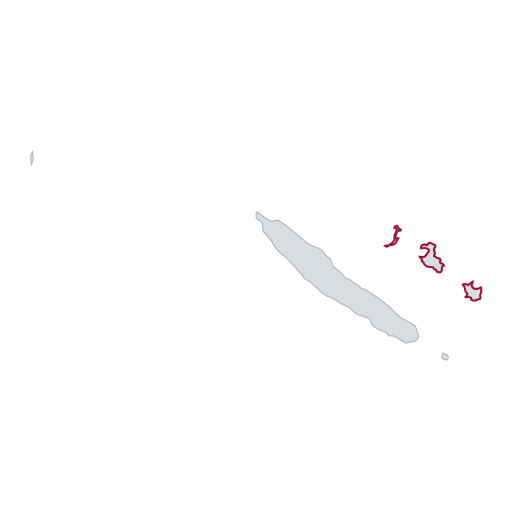 location of Îles Loyauté within New Caledonia
{"feature_id": "NCL-1258", "entity_name": "Îles Loyauté", "entity_type": "Province", "adm_level": 1, "iso_a3": "NCL", "parent_name": "New Caledonia", "parent_adm1": "", "projection": "mercator", "projection_center": [167.211, -21.021], "detail": "fine", "context": "in_parent", "style": "outline", "palette": "rose", "viewbox_px": 512, "rotation_deg": 0, "n_neighbors": 0, "source": "natural_earth", "source_scale": "10m", "svg_char_len": 4259}
<svg xmlns="http://www.w3.org/2000/svg" viewBox="0 0 512 512"><path d="M265.1,217.8L271.3,221.5L277.9,219.9L286.3,225.7L307.5,243.3L315.0,247.0L319.4,248.4L322.7,251.3L325.7,255.3L329.7,258.2L331.5,260.9L331.9,264.5L333.4,266.7L340.8,272.5L345.2,277.7L351.3,280.3L354.0,283.4L357.4,284.9L360.9,288.0L366.9,290.4L380.3,299.5L390.7,308.1L395.9,313.4L401.5,318.1L408.7,321.9L415.4,326.2L418.8,336.4L416.9,340.0L413.0,341.8L409.5,342.0L406.1,343.2L395.0,336.6L392.3,335.7L389.4,336.1L387.7,334.6L386.5,332.5L379.7,330.1L373.4,326.2L371.5,323.5L370.5,320.2L369.0,318.3L360.0,315.5L354.0,312.3L349.6,307.8L342.9,304.6L332.3,298.2L326.9,296.1L322.1,292.9L309.4,281.2L304.9,279.0L300.9,273.8L290.0,261.5L284.7,256.4L278.9,251.9L274.6,246.7L271.2,240.4L263.3,231.5L262.4,227.7L262.7,223.7L260.8,221.2L257.6,219.7L256.1,217.1L256.2,213.5L257.3,211.7L265.1,217.8ZM440.5,271.4L437.5,271.9L433.5,267.7L425.9,265.5L422.5,261.8L420.3,257.4L424.7,256.3L428.9,250.4L426.0,248.2L421.0,247.9L421.6,245.5L429.7,242.8L433.3,244.4L434.9,246.3L434.6,255.6L438.3,258.6L442.1,265.2L442.1,267.1L440.5,271.4ZM474.0,287.3L476.5,288.3L481.0,288.2L480.0,298.2L473.7,299.8L471.6,299.7L470.2,297.6L466.6,296.2L466.7,292.8L463.2,285.1L469.3,283.9L472.7,281.8L472.5,283.7L473.1,285.9L474.0,287.3ZM393.7,244.3L390.8,244.9L394.3,239.5L394.4,236.2L395.8,229.7L395.6,227.6L398.0,227.9L400.5,229.7L397.6,231.3L396.6,234.1L396.7,237.6L397.8,238.3L396.0,242.1L393.7,244.3ZM448.4,357.9L446.6,360.1L444.5,359.6L442.9,358.8L441.7,357.6L442.9,353.0L447.6,355.2L448.4,357.9ZM32.0,163.3L31.2,164.6L30.7,155.4L32.5,151.9L33.3,159.1L32.0,163.3Z" fill="#d9dde1" stroke="#a8b0b8" stroke-width="1"/><path d="M442.2,263.6L442.9,264.1L443.7,265.0L444.0,265.7L442.2,266.4L441.9,267.2L441.9,269.5L441.7,270.6L441.4,271.4L440.8,271.9L440.0,272.5L439.0,272.1L437.8,272.1L436.7,271.6L436.2,269.9L435.8,269.6L434.9,269.5L434.0,269.2L433.6,268.6L433.5,267.7L433.2,267.3L428.2,266.8L426.6,266.3L425.1,265.0L423.8,263.6L423.7,263.2L423.6,262.7L423.4,262.2L422.2,261.8L421.9,261.2L421.9,260.4L422.3,259.6L420.1,257.6L419.7,256.8L423.0,257.0L424.2,256.8L425.2,256.2L425.9,255.5L426.8,253.9L428.5,252.0L429.0,250.8L428.7,249.5L428.0,249.1L425.1,247.9L421.0,248.4L420.9,247.8L421.1,246.5L421.8,245.3L422.9,244.7L424.7,244.4L425.1,244.5L425.5,244.9L425.9,245.0L426.4,245.1L427.0,245.1L427.5,245.0L428.0,244.5L428.2,243.9L428.3,243.3L430.2,242.7L434.3,245.0L435.1,245.1L435.4,246.2L435.0,247.2L434.3,248.2L434.0,249.3L434.0,250.0L434.3,251.5L435.1,253.1L434.8,253.9L434.1,255.1L434.0,255.8L434.1,256.2L434.6,256.4L435.1,256.6L435.7,257.0L436.2,257.5L436.7,257.8L438.1,258.4L438.7,258.4L439.3,258.4L439.7,258.5L440.0,259.2L440.2,259.5L440.5,260.1L440.7,260.3L440.1,261.4L439.9,261.9L440.0,262.4L440.4,263.1L441.0,263.3L441.6,263.4L442.2,263.6ZM480.9,287.4L481.3,288.6L481.3,290.7L480.9,293.0L480.2,294.7L480.4,297.4L480.3,298.6L479.6,299.1L479.0,299.2L476.9,299.8L475.3,300.7L473.0,300.5L471.1,299.6L471.2,297.9L470.0,297.4L468.6,297.0L467.1,297.0L465.9,297.5L465.8,297.3L465.7,297.1L465.6,296.9L465.5,296.7L466.1,296.3L466.8,295.7L467.3,294.9L467.4,293.8L467.1,293.4L465.9,292.0L465.5,291.4L465.2,290.4L465.0,288.8L464.8,287.8L464.4,286.8L462.9,284.6L463.7,284.1L464.4,284.0L465.1,284.0L465.9,284.2L467.3,284.8L468.2,285.1L469.1,284.2L472.7,281.7L472.8,282.5L471.8,284.0L471.5,285.2L471.8,286.2L472.5,287.2L473.2,288.1L473.8,288.6L475.5,289.0L477.5,288.8L479.4,288.1L480.9,287.4ZM398.6,228.3L399.2,228.7L400.6,229.5L400.9,229.9L400.6,230.5L400.1,230.7L398.4,230.7L397.7,230.9L397.2,231.3L396.9,231.9L396.8,232.5L396.6,232.6L395.8,234.9L395.5,235.5L395.4,236.4L395.6,238.1L395.9,238.5L396.6,238.5L398.2,238.3L396.1,242.3L395.2,243.5L394.4,244.1L393.2,244.6L391.9,245.0L390.8,245.1L390.3,244.7L390.0,244.3L390.8,244.0L391.6,243.4L393.0,241.9L393.9,240.7L394.3,239.9L394.5,238.9L394.4,235.3L394.7,234.5L395.3,233.7L396.0,232.5L396.5,231.3L396.8,230.2L396.6,229.1L395.5,227.7L395.0,227.1L394.8,227.2L394.5,227.4L394.6,226.9L395.2,226.3L396.0,225.9L396.8,225.8L397.5,226.2L397.9,226.8L398.2,227.6L398.6,228.3ZM387.0,245.5L387.4,245.5L388.8,245.5L388.6,246.1L388.0,246.3L386.6,246.7L386.3,246.4L386.0,246.2L385.7,246.1L385.1,245.9L385.5,245.6L386.0,245.5L386.5,245.5L387.0,245.5Z" fill="none" stroke="#9f1239" stroke-width="2"/></svg>